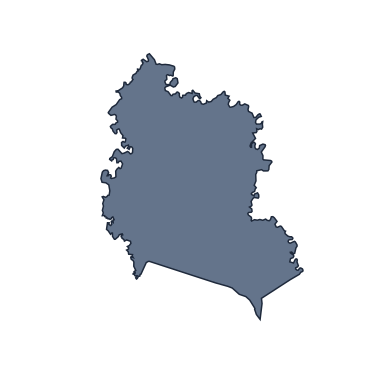 Mueang Yang, Nakhon Ratchasima, Thailand (orthographic projection), rotated 247°
{"feature_id": "78962969B16605171909127", "entity_name": "Mueang Yang", "entity_type": "district", "adm_level": 2, "iso_a3": "THA", "parent_name": "Thailand", "parent_adm1": "Nakhon Ratchasima", "projection": "orthographic", "projection_center": [102.902, 15.442], "detail": "fine", "context": "isolated", "style": "filled", "palette": "slate", "viewbox_px": 384, "rotation_deg": 247, "n_neighbors": 0, "source": "geoboundaries", "source_scale": "gbopen_adm2", "svg_char_len": 6126}
<svg xmlns="http://www.w3.org/2000/svg" viewBox="0 0 384 384"><g transform="rotate(247 192 192)"><path d="M136.3,112.9L144.9,122.3L145.2,124.6L144.7,125.8L99.1,178.2L91.1,188.2L87.9,191.5L79.4,195.5L74.7,200.7L70.0,202.9L61.1,204.3L59.9,204.3L59.5,203.8L54.1,203.4L48.1,204.9L62.0,212.9L67.0,214.4L72.9,248.0L74.3,258.7L75.6,260.7L75.7,262.9L76.6,263.6L78.1,263.6L79.6,262.4L79.8,261.4L78.5,259.0L79.2,258.0L80.7,257.3L81.7,257.8L81.8,260.0L82.6,261.1L86.5,261.3L88.4,262.4L89.5,262.2L89.8,261.5L89.3,260.3L87.0,257.7L89.5,254.7L92.2,256.7L92.1,259.4L93.2,260.7L94.4,260.7L97.4,258.8L98.1,258.9L97.8,260.3L95.5,261.3L95.4,262.5L100.0,265.9L101.1,267.6L102.3,268.0L105.7,267.6L106.6,267.0L106.5,262.2L107.8,261.2L109.1,261.2L109.9,262.1L110.0,263.1L109.1,265.6L109.7,266.6L110.7,266.8L111.9,266.1L112.7,264.4L114.0,263.0L117.1,261.5L118.3,261.6L119.4,262.8L120.2,261.9L125.4,260.8L126.2,259.9L126.1,256.9L127.0,255.8L130.0,255.8L131.7,258.8L136.1,257.7L137.7,256.8L138.2,255.4L135.9,253.4L135.4,251.8L136.5,250.2L138.3,249.2L138.3,246.1L140.2,243.7L140.5,241.2L142.1,238.7L142.0,235.5L142.8,235.4L144.4,236.5L145.7,236.7L148.8,234.9L150.3,234.9L151.0,236.0L150.2,238.8L150.7,239.7L153.0,240.4L155.7,239.0L155.9,241.3L156.5,242.1L160.2,242.7L162.2,245.5L162.7,247.1L160.5,250.5L161.2,251.5L163.3,252.3L165.6,252.0L165.7,248.8L164.3,247.6L166.4,245.9L167.2,245.9L168.0,247.4L168.0,249.8L170.1,251.4L170.8,252.8L173.9,251.9L177.2,255.2L183.2,257.5L184.7,259.2L186.2,259.9L185.4,264.7L183.5,266.0L181.8,270.1L182.7,271.5L186.1,273.3L188.4,277.3L189.4,277.3L190.3,276.6L193.6,270.5L194.6,270.1L197.7,271.5L201.7,271.4L205.0,276.8L206.1,277.8L207.0,277.8L208.4,276.0L208.3,272.4L206.1,271.1L205.6,268.8L206.7,267.6L208.2,267.3L210.0,267.9L211.5,269.2L213.3,268.9L213.7,268.1L213.0,265.6L209.9,264.2L210.2,263.5L211.7,263.4L214.0,265.5L216.5,271.4L222.6,270.9L221.6,274.3L222.5,275.5L225.0,276.2L223.5,277.5L223.7,279.2L222.7,280.6L224.0,282.4L227.0,283.3L229.2,284.6L229.2,283.8L228.0,282.5L228.0,281.1L229.3,277.9L231.1,277.6L233.2,278.9L233.8,280.1L234.7,282.6L234.5,285.3L237.2,285.2L237.6,284.6L237.3,282.8L235.7,279.8L236.4,278.1L241.1,278.1L244.1,275.5L246.1,275.8L248.4,277.5L249.6,277.7L252.5,275.0L252.2,272.0L253.1,270.6L254.2,270.2L256.2,271.1L257.1,270.7L257.1,269.8L255.2,266.8L254.5,263.7L254.9,260.7L255.6,259.9L258.4,259.6L260.0,260.6L261.7,262.7L264.2,261.6L265.7,263.6L268.2,260.5L271.3,261.4L272.0,261.1L272.1,260.1L270.4,256.6L270.7,253.4L269.4,251.3L269.1,247.7L267.8,245.1L268.2,242.5L270.3,241.2L268.3,240.0L268.3,236.7L269.6,235.2L272.1,235.2L273.5,234.3L273.8,233.4L273.1,231.0L273.7,229.4L274.3,229.0L277.3,229.2L279.0,230.9L279.4,233.4L278.7,234.5L275.0,235.4L274.7,235.9L275.3,237.1L276.9,236.6L279.6,237.1L281.9,233.5L285.3,232.5L285.1,231.6L282.7,230.6L284.9,227.7L284.8,225.2L283.7,223.9L284.6,221.2L282.9,220.3L282.6,219.1L284.0,217.9L285.7,218.0L287.7,218.9L289.6,217.9L289.8,216.9L288.8,215.2L289.4,212.7L288.5,211.4L289.0,210.3L293.6,209.2L295.8,207.1L298.4,207.6L299.0,208.7L298.9,213.6L295.9,215.9L295.7,217.8L297.9,221.7L302.1,222.7L303.5,221.7L303.7,218.7L302.7,217.7L301.3,214.7L299.8,213.8L299.8,213.1L300.9,210.2L303.6,210.0L304.7,210.4L305.6,212.9L309.1,214.0L309.6,215.0L309.4,215.7L308.1,216.6L307.8,218.1L306.3,219.5L306.4,220.1L309.8,221.7L311.9,224.2L313.9,224.8L314.9,224.4L317.8,220.9L319.9,217.2L321.0,213.9L322.8,212.0L322.9,210.2L323.6,208.9L328.5,209.1L335.9,206.8L335.8,204.6L334.8,203.5L330.6,203.6L329.5,202.9L329.6,201.3L333.3,198.9L333.0,197.0L332.6,196.7L331.8,197.4L330.8,197.0L330.0,197.4L328.6,196.1L328.4,194.8L325.6,192.3L325.2,190.4L326.4,190.2L326.4,189.8L324.5,189.7L324.5,188.6L323.1,186.7L322.7,183.5L320.9,181.7L319.6,181.3L318.7,181.7L317.0,179.1L317.2,178.2L316.1,177.1L315.7,175.0L316.7,173.4L318.1,173.9L319.2,173.3L319.5,172.3L316.2,170.5L315.0,168.7L314.1,163.8L314.6,161.5L313.6,161.3L312.8,163.2L311.0,164.1L308.7,163.7L306.8,164.2L305.4,163.7L305.3,161.5L302.1,156.4L301.3,151.6L297.9,146.0L297.1,145.9L294.2,147.3L293.7,150.9L292.8,151.8L291.3,152.0L288.8,150.5L286.6,151.3L285.4,150.9L285.3,149.0L284.3,147.7L285.3,145.3L284.3,142.5L282.9,142.4L281.2,143.3L278.8,143.1L275.8,144.0L275.3,144.9L276.0,146.2L278.5,146.8L278.8,149.0L278.4,149.6L274.4,149.5L270.9,150.5L268.9,149.1L267.6,151.6L266.8,151.9L264.2,150.2L264.3,149.2L265.5,148.3L265.1,146.5L262.3,145.4L258.9,146.8L260.2,148.8L260.0,151.8L258.7,151.6L257.7,149.5L255.8,150.8L257.8,152.9L257.1,154.1L255.3,154.5L251.6,152.7L251.0,151.5L251.2,150.1L253.5,149.3L254.5,148.5L254.3,144.5L254.7,142.5L260.3,140.6L260.8,139.0L259.5,136.2L255.7,132.5L255.0,129.4L254.2,128.9L252.0,130.2L252.7,130.9L252.7,132.3L254.0,133.1L253.8,134.2L253.0,135.1L251.9,135.4L248.3,134.3L247.8,135.5L248.7,136.8L248.2,138.7L245.0,139.1L241.6,136.0L241.6,134.9L243.2,134.2L242.3,131.7L241.0,129.9L235.7,127.9L235.3,126.1L235.9,123.2L236.7,122.5L238.1,123.9L239.6,123.8L240.5,122.3L239.7,121.0L240.1,120.2L242.4,122.8L244.9,122.7L246.0,120.9L246.2,119.0L245.3,117.2L239.9,113.4L236.1,113.0L234.1,116.3L231.1,118.2L225.2,116.8L221.5,114.5L221.8,113.1L221.0,112.0L220.9,110.3L222.6,108.6L222.6,107.4L219.2,107.9L216.2,105.3L213.6,105.0L210.1,102.3L207.4,102.2L205.3,100.2L204.4,102.4L203.4,102.1L202.4,103.2L201.4,102.9L201.1,104.0L200.0,104.2L199.7,105.3L198.8,105.8L198.9,107.4L199.8,107.9L200.0,109.4L196.9,109.5L197.0,108.3L194.9,107.6L196.6,106.8L196.3,106.1L193.7,105.5L192.9,104.1L194.6,102.8L196.0,103.7L196.7,102.2L191.0,98.7L189.1,99.7L184.9,100.5L185.6,102.2L185.3,102.7L182.1,101.5L178.8,102.1L178.5,102.9L179.7,106.7L181.1,108.4L180.8,111.4L179.6,111.5L179.6,110.0L178.5,109.3L177.9,109.8L176.8,109.5L174.9,110.7L173.2,110.6L173.4,113.1L170.7,116.1L168.6,115.7L167.2,113.3L167.1,111.2L165.4,111.9L164.3,111.3L164.1,109.1L162.0,110.0L159.5,109.4L157.6,112.8L156.5,111.9L154.7,112.2L156.2,110.6L155.6,110.0L153.7,109.8L152.0,111.0L150.2,111.1L146.4,109.4L141.8,109.6L141.4,107.7L140.0,108.2L139.4,107.8L140.2,106.5L139.6,105.7L138.8,106.5L137.0,106.9L136.4,108.5L135.0,106.6L133.6,106.9L133.8,107.9L135.3,109.7L135.0,111.1L136.4,112.1L136.3,112.9Z" fill="#64748b" stroke="#1e293b" stroke-width="1.5"/></g></svg>